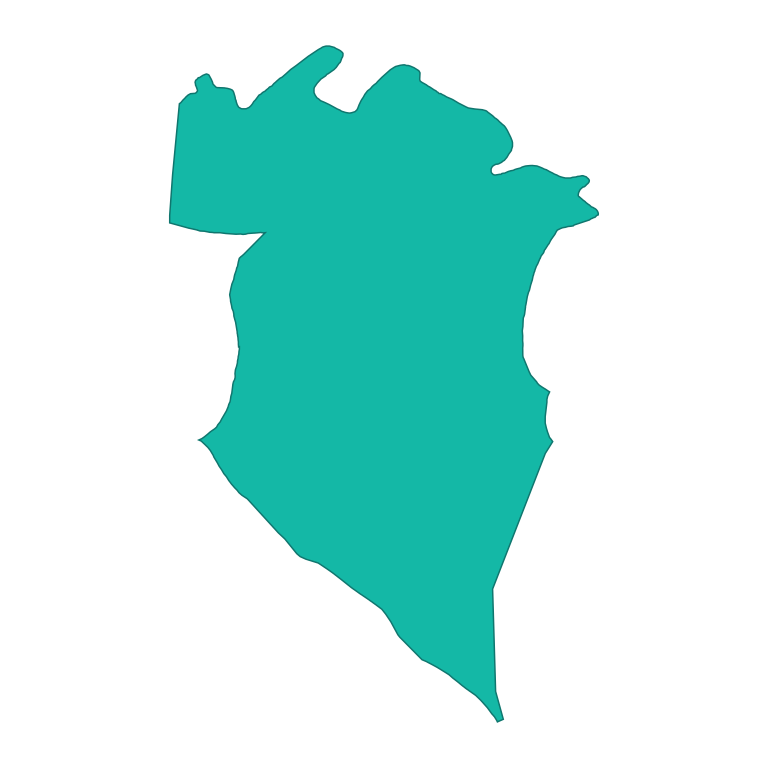 Cap Estate/Ranch Site, Gros Islet, Saint Lucia (Albers equal-area conic projection)
{"feature_id": "8701671B82854907311550", "entity_name": "Cap Estate/Ranch Site", "entity_type": "district", "adm_level": 2, "iso_a3": "LCA", "parent_name": "Saint Lucia", "parent_adm1": "Gros Islet", "projection": "albers", "projection_center": [-60.933, 14.104], "detail": "fine", "context": "isolated", "style": "filled", "palette": "teal", "viewbox_px": 768, "rotation_deg": 0, "n_neighbors": 0, "source": "geoboundaries", "source_scale": "gbopen_adm2", "svg_char_len": 6000}
<svg xmlns="http://www.w3.org/2000/svg" viewBox="0 0 768 768"><path d="M503.3,719.3L495.6,691.4L492.6,589.0L545.3,453.4L552.7,441.6L550.7,438.8L549.5,437.4L547.5,431.9L546.4,428.2L545.2,423.1L545.2,416.7L546.9,402.2L546.9,399.5L547.7,396.0L549.6,391.9L548.3,391.1L546.4,389.8L541.8,386.9L539.2,385.1L537.4,383.2L536.6,381.8L530.8,375.2L529.1,371.7L523.7,358.5L523.1,357.4L522.8,355.3L522.7,348.0L522.9,345.8L522.9,343.5L522.6,340.7L522.7,335.9L522.3,330.8L522.9,326.4L523.1,321.1L523.3,317.9L524.2,315.7L524.6,314.1L525.5,307.1L525.5,306.1L525.9,304.6L527.3,296.6L528.5,292.3L529.4,290.3L530.7,284.9L532.3,279.9L533.0,276.3L533.4,275.3L534.1,272.5L534.7,271.2L535.0,269.9L536.4,266.2L537.7,263.9L539.7,259.1L540.2,258.3L541.1,256.0L543.6,252.7L544.5,250.1L545.4,249.0L546.9,246.6L548.4,244.3L549.0,243.7L550.2,241.2L551.4,239.2L554.9,234.3L556.2,231.8L557.3,230.1L560.8,228.4L562.4,227.8L563.9,227.5L565.3,227.3L568.0,226.5L571.2,226.2L573.4,225.8L574.1,225.0L588.3,220.3L589.3,220.0L591.0,218.8L592.1,218.4L593.9,217.5L594.8,217.4L595.5,216.8L596.3,215.9L597.4,215.1L598.2,214.9L598.3,213.4L598.0,212.4L597.5,211.2L596.3,209.6L595.0,208.6L594.2,208.2L592.7,207.3L591.4,206.9L590.2,205.7L589.1,204.8L588.4,204.4L585.9,202.5L585.2,201.7L582.8,199.9L579.4,196.9L578.7,196.5L578.2,195.5L578.3,194.3L578.6,192.7L579.6,190.6L580.3,189.4L582.8,187.1L583.7,187.0L584.7,186.5L585.5,185.8L586.8,184.4L587.8,183.6L588.8,182.4L589.2,181.5L589.3,180.2L588.3,178.7L587.5,178.1L586.3,176.9L582.9,175.7L581.5,175.8L579.8,176.2L577.6,176.4L575.8,177.0L572.6,177.3L570.4,178.0L565.3,178.0L562.3,177.3L560.6,176.8L558.7,176.1L557.0,175.1L554.4,174.1L552.5,173.0L549.8,171.7L546.3,169.7L544.5,169.2L542.1,168.0L540.2,167.2L537.0,166.0L532.2,165.5L529.7,165.6L525.7,166.0L524.2,166.4L522.0,167.1L520.5,168.0L517.2,168.8L514.9,169.5L513.3,170.3L510.7,170.8L508.3,171.5L504.5,173.2L503.5,173.2L501.9,173.5L501.0,174.3L499.7,174.3L495.5,175.0L494.6,175.0L493.3,174.6L491.6,173.0L491.1,171.7L491.1,169.0L491.6,167.8L492.4,166.4L494.5,164.9L496.2,164.2L497.8,164.1L498.9,163.7L500.6,162.8L501.6,162.3L502.7,161.3L504.4,160.3L507.0,157.2L508.7,154.2L511.4,150.5L511.5,149.5L512.0,148.0L512.5,146.3L512.5,142.7L512.1,140.9L510.7,137.3L507.3,130.4L505.4,127.3L504.2,125.8L502.2,124.2L500.7,122.8L499.6,121.9L497.8,120.0L496.0,118.6L494.8,117.9L493.0,116.1L489.1,113.1L488.3,112.6L487.0,111.4L485.9,110.7L482.2,109.7L474.8,109.0L468.4,108.0L466.4,107.1L460.7,104.2L458.7,103.2L452.9,99.7L451.2,98.9L446.5,96.9L444.3,95.5L442.5,94.7L440.7,93.6L439.0,93.5L437.9,92.3L437.0,91.9L435.9,90.8L434.1,89.9L430.1,87.2L428.0,86.1L426.3,84.8L421.8,82.3L420.2,81.1L419.8,80.0L419.7,79.1L420.0,72.9L419.1,71.1L418.5,70.5L414.0,67.7L410.3,66.1L408.2,65.5L406.6,65.5L404.8,64.9L403.0,64.9L400.2,65.3L395.6,66.5L393.7,67.6L390.3,69.8L381.9,77.3L377.7,81.5L376.2,83.3L374.1,84.8L372.3,86.4L370.4,88.7L367.5,90.9L364.9,94.3L363.2,97.4L362.1,99.0L361.0,100.8L359.1,104.8L357.8,108.2L357.0,109.8L355.0,111.7L351.7,112.7L349.8,113.1L347.8,112.9L345.3,112.4L341.5,111.2L339.9,110.1L337.3,109.0L329.1,104.5L324.4,102.3L320.6,100.7L318.7,99.0L316.9,97.8L315.1,95.1L314.0,92.6L314.0,88.7L314.4,87.3L317.1,83.3L321.0,79.0L325.6,75.9L326.9,74.3L328.2,73.7L334.0,69.6L336.2,67.4L339.1,63.3L340.1,62.5L340.8,61.0L341.8,58.1L342.4,57.2L342.7,56.4L342.9,55.6L343.0,53.6L342.5,52.6L340.6,50.9L338.8,49.8L335.8,48.4L334.3,47.4L329.5,46.1L326.0,46.1L324.4,46.5L322.5,47.1L321.2,48.0L318.3,49.6L308.4,56.2L296.0,65.7L290.7,69.5L286.2,73.6L282.2,77.1L279.8,78.4L276.5,81.3L275.6,82.2L273.9,83.6L271.8,86.1L269.8,86.9L269.0,87.5L268.4,88.3L266.2,90.0L265.3,91.0L264.2,91.6L262.6,92.5L260.8,94.2L258.9,95.2L258.0,96.5L255.4,100.0L253.8,101.6L252.2,104.2L250.7,106.0L249.1,107.4L246.3,108.7L245.4,108.8L242.0,108.8L241.1,108.6L238.6,107.2L237.2,104.7L236.2,101.7L236.0,100.4L235.3,99.1L235.3,98.2L234.9,96.4L233.6,92.1L232.9,90.8L232.0,89.9L230.1,89.1L227.5,88.4L224.2,87.9L217.0,87.6L216.0,87.2L213.3,84.4L212.7,83.4L212.6,82.4L211.3,79.4L208.9,75.0L207.8,74.4L206.5,74.0L205.4,74.3L202.8,75.4L199.5,77.6L198.3,77.7L197.1,79.2L195.7,80.3L195.3,81.4L195.1,82.5L195.5,84.1L195.5,85.0L196.4,87.0L197.5,90.3L197.3,91.3L196.8,91.9L196.0,92.8L195.2,93.3L190.5,93.7L188.0,95.1L185.8,97.1L184.8,98.3L183.1,99.9L180.9,102.6L179.4,103.7L172.6,174.7L169.7,215.4L169.7,222.9L188.6,228.1L196.4,229.8L200.1,231.0L204.2,231.2L209.9,232.3L212.1,232.4L214.0,232.7L219.8,232.7L225.9,233.5L236.0,234.2L240.6,234.0L243.0,234.4L245.8,234.1L247.8,233.5L253.2,233.1L255.4,233.0L260.6,232.5L263.2,232.9L265.2,232.7L243.8,254.3L242.1,255.8L240.8,256.8L239.3,258.3L238.4,261.7L237.5,266.4L236.7,268.0L236.2,270.4L234.6,275.0L234.1,277.4L233.8,279.4L231.9,284.1L230.8,288.9L229.7,294.7L229.8,295.5L230.5,299.4L230.6,301.4L231.5,305.3L232.0,308.3L233.3,311.4L233.8,314.2L233.9,316.1L234.8,319.5L235.6,322.2L237.2,331.9L237.2,333.1L237.6,335.0L237.6,335.7L238.0,337.6L238.1,339.6L238.4,341.9L238.4,344.3L238.6,346.9L239.4,346.7L239.4,349.3L239.0,351.4L238.8,354.1L238.2,356.7L238.1,358.3L237.5,360.9L237.4,362.9L236.6,366.3L235.4,369.9L235.0,373.7L235.2,375.9L235.1,377.8L234.5,379.9L233.5,381.7L232.9,384.2L231.8,393.2L230.9,396.3L230.5,399.2L230.1,401.6L228.8,404.4L228.1,406.9L226.4,411.0L221.7,419.0L220.2,421.9L217.8,424.8L216.6,427.1L214.7,428.8L210.6,431.6L207.4,434.4L204.3,436.9L201.9,438.6L198.8,440.0L201.3,441.1L207.8,447.3L210.4,450.6L213.3,455.5L213.9,457.1L217.4,462.9L219.2,466.3L221.5,469.6L223.9,473.7L226.5,476.8L228.7,480.4L231.5,484.1L234.7,487.8L237.0,490.1L239.0,492.7L242.1,495.4L247.3,498.8L278.4,532.9L284.8,538.9L296.8,553.7L300.2,556.6L306.2,559.3L318.2,563.0L326.0,568.2L332.3,572.6L339.7,578.3L351.5,587.7L359.8,593.6L367.1,598.5L375.1,604.2L381.8,609.2L385.7,614.1L390.8,621.7L397.9,634.8L399.8,637.2L422.0,659.7L425.8,661.3L431.8,664.4L437.3,667.4L449.0,674.7L453.2,678.4L457.4,681.6L462.1,685.5L466.1,688.6L475.6,695.3L480.6,700.1L487.4,707.7L491.9,713.9L494.5,716.8L496.7,720.4L497.4,721.9L503.3,719.3Z" fill="#14b8a6" stroke="#0f766e" stroke-width="1.5"/></svg>